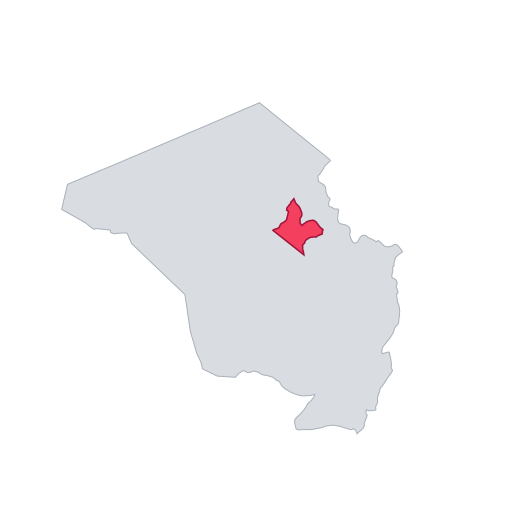 location of Biltine, Wadi Fira, Chad, rotated 309°
{"feature_id": "50815135B98948114650625", "entity_name": "Biltine", "entity_type": "district", "adm_level": 2, "iso_a3": "TCD", "parent_name": "Chad", "parent_adm1": "Wadi Fira", "projection": "mercator", "projection_center": [20.967, 14.969], "detail": "fine", "context": "in_parent", "style": "filled", "palette": "rose", "viewbox_px": 512, "rotation_deg": 309, "n_neighbors": 0, "source": "geoboundaries", "source_scale": "gbopen_adm2", "svg_char_len": 4902}
<svg xmlns="http://www.w3.org/2000/svg" viewBox="0 0 512 512"><g transform="rotate(309 256 256)"><path d="M377.3,162.2L377.3,173.1L377.3,183.9L377.3,194.8L377.3,205.6L377.3,216.3L377.3,227.1L377.4,237.8L377.4,248.5L377.4,252.1L377.1,253.5L376.9,253.7L376.5,253.9L371.0,252.9L368.6,252.9L365.3,253.6L360.3,254.0L357.1,253.9L354.9,255.8L353.2,258.0L354.0,263.3L353.8,265.0L353.1,266.8L351.6,268.4L350.2,269.6L349.3,270.7L348.1,273.1L347.3,274.2L347.4,275.7L347.1,277.3L346.2,278.1L343.9,278.7L342.4,279.4L341.3,280.6L340.5,281.4L340.9,282.5L341.5,284.0L341.8,286.4L342.0,287.7L343.2,288.9L343.8,289.7L344.1,290.7L343.4,291.5L340.6,293.2L339.5,293.8L338.2,294.7L337.7,295.0L335.7,296.6L334.6,298.1L334.1,299.3L334.1,300.9L335.2,303.4L336.3,305.5L336.8,307.0L337.0,308.8L336.9,310.4L336.3,311.8L335.3,313.1L331.4,315.5L329.5,318.2L328.0,321.4L327.6,323.1L328.1,324.3L328.9,325.3L330.0,325.8L331.7,326.0L334.5,325.4L337.0,325.1L339.8,326.2L341.2,328.9L340.7,330.9L341.7,334.4L342.6,338.8L342.6,340.2L343.0,340.7L344.7,341.0L345.1,342.0L344.5,349.6L345.3,351.7L346.4,353.2L347.7,354.0L349.0,355.0L349.7,355.7L351.2,355.8L352.9,357.2L353.4,359.0L353.3,360.8L352.3,364.6L351.5,367.2L350.5,367.0L348.5,366.4L346.0,365.8L343.0,365.4L340.2,366.4L337.1,367.8L336.1,368.8L335.3,369.4L333.9,369.3L332.7,369.5L332.0,370.4L330.9,371.5L326.4,373.7L325.5,374.5L324.9,375.3L324.9,376.1L325.4,377.9L325.4,380.2L324.4,382.0L323.2,383.2L321.9,383.6L320.8,383.9L320.1,384.6L317.8,388.7L316.7,389.5L314.7,389.3L308.8,395.4L308.3,397.2L306.1,399.8L303.4,402.6L301.0,404.0L300.8,404.5L300.1,405.1L298.6,405.7L293.5,409.1L287.3,409.0L284.5,410.3L281.8,411.0L277.9,411.6L276.8,411.6L271.8,411.8L265.9,411.7L263.7,412.2L261.5,413.5L260.0,414.7L259.7,415.1L260.0,415.5L259.9,415.9L264.0,418.7L265.1,420.1L264.0,421.5L263.5,421.7L262.8,422.8L260.4,426.0L256.7,429.7L254.9,430.8L254.1,431.5L253.1,434.0L252.5,434.3L250.0,434.7L245.0,434.9L238.1,435.7L234.0,436.0L231.4,435.8L227.8,437.5L226.5,437.9L225.7,438.1L222.2,439.7L219.2,442.3L218.1,442.8L213.9,443.9L212.3,445.7L211.5,445.8L208.8,443.5L207.0,441.4L206.1,439.2L206.0,438.5L205.5,438.7L204.0,439.6L202.7,440.7L202.2,442.8L197.8,444.2L194.1,445.3L192.5,446.9L189.9,447.6L186.5,447.3L184.0,446.7L181.4,446.5L182.7,444.6L183.1,443.2L183.2,441.5L183.1,440.3L181.5,439.8L180.6,438.8L178.4,433.4L176.2,427.9L173.1,422.4L169.6,418.9L167.2,416.8L166.4,416.5L165.1,415.9L164.2,415.2L159.7,411.5L155.0,407.4L153.8,405.5L151.4,402.6L148.8,399.7L147.5,398.4L146.8,396.0L148.6,393.8L150.6,391.0L153.0,389.2L156.0,389.1L161.1,389.8L166.6,390.1L172.0,389.5L173.4,389.1L174.8,389.2L177.8,389.8L182.8,389.7L185.5,388.6L182.6,386.7L179.6,383.7L176.7,380.4L175.0,377.4L173.4,373.6L172.0,368.8L171.1,362.6L171.2,359.1L171.7,356.7L173.2,352.6L172.2,350.2L172.4,348.3L172.3,345.4L171.8,344.0L169.8,339.2L169.4,338.7L167.6,335.4L166.9,330.0L164.9,326.3L161.7,324.6L159.9,322.4L159.2,318.7L158.0,317.7L153.0,316.4L148.8,316.3L145.8,312.1L141.9,306.6L138.3,301.5L136.0,291.3L134.6,285.5L136.1,283.7L139.1,279.5L142.9,271.5L151.5,259.1L155.8,252.8L164.5,243.3L175.3,231.6L181.3,225.0L182.3,212.9L183.3,200.1L184.1,190.4L185.1,178.9L185.9,169.3L186.5,162.2L187.3,152.2L188.0,150.3L192.2,142.4L192.6,141.4L191.8,140.0L185.8,133.3L183.9,131.8L182.8,128.4L184.4,126.4L177.2,115.1L175.4,113.7L174.6,112.3L174.5,110.3L174.4,102.4L172.4,90.1L169.9,75.7L178.4,71.5L184.8,68.4L193.1,64.4L200.7,68.5L211.7,74.4L222.8,80.3L233.8,86.3L244.8,92.2L255.9,98.0L266.9,103.9L278.0,109.8L289.0,115.6L300.0,121.5L311.1,127.3L322.1,133.2L333.1,139.0L344.2,144.8L355.2,150.6L366.3,156.4L377.3,162.2Z" fill="#d9dde1" stroke="#a8b0b8" stroke-width="1"/><path d="M287.0,292.5L288.7,290.7L289.1,290.2L289.9,289.1L290.4,288.3L291.2,287.4L292.2,286.8L293.8,285.3L296.8,285.6L297.9,285.0L299.6,284.7L300.8,285.1L302.1,285.5L303.3,285.8L305.1,286.9L306.9,288.6L307.8,289.8L308.7,290.9L309.4,291.1L310.6,291.2L311.0,291.4L311.2,291.5L311.9,292.2L312.8,292.5L313.2,292.6L313.4,292.8L314.5,293.6L315.9,292.9L317.4,291.9L318.7,291.5L318.6,288.6L318.9,286.7L319.6,284.0L320.3,281.3L320.2,279.5L320.0,278.5L319.4,277.4L318.7,276.9L317.6,275.8L316.0,274.7L314.2,273.7L312.2,273.3L310.5,272.7L308.8,272.7L308.8,271.3L309.3,269.8L310.0,269.0L311.1,268.0L313.0,266.5L314.5,266.5L316.1,266.2L317.1,265.5L317.9,264.9L318.8,263.7L319.8,261.9L320.9,259.9L321.6,257.9L321.7,257.1L321.7,256.5L321.7,255.7L322.2,253.5L322.9,252.0L323.5,250.9L324.4,249.4L321.7,249.3L319.8,249.2L319.0,249.6L318.4,250.0L318.1,249.9L316.8,249.6L315.3,249.8L313.0,249.7L312.7,249.9L310.9,250.9L310.9,251.0L311.0,252.1L311.0,253.3L308.9,254.3L308.3,254.6L307.3,255.1L305.1,256.1L304.8,256.3L302.4,257.1L301.5,256.7L301.4,256.7L301.0,256.6L300.4,256.5L299.3,256.1L298.4,255.8L298.2,255.7L297.9,255.5L297.0,255.1L294.9,255.4L293.0,255.9L291.4,255.6L287.8,253.3L286.6,253.0L286.6,254.9L286.9,281.9L287.0,292.5Z" fill="#f43f5e" stroke="#9f1239" stroke-width="1.5"/></g></svg>